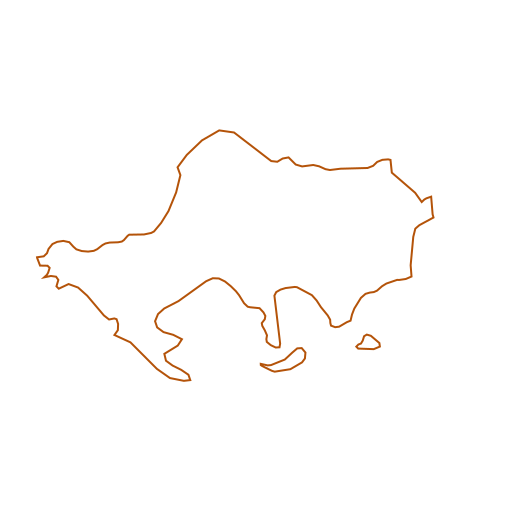 the border of Batangas, rotated 316°
{"feature_id": "PHL-2564", "entity_name": "Batangas", "entity_type": "Province", "adm_level": 1, "iso_a3": "PHL", "parent_name": "Philippines", "parent_adm1": "", "projection": "natural_earth1", "projection_center": [120.943, 13.875], "detail": "fine", "context": "isolated", "style": "outline", "palette": "amber", "viewbox_px": 512, "rotation_deg": 316, "n_neighbors": 0, "source": "natural_earth", "source_scale": "10m", "svg_char_len": 2398}
<svg xmlns="http://www.w3.org/2000/svg" viewBox="0 0 512 512"><g transform="rotate(316 256 256)"><path d="M419.5,280.3L411.6,290.4L414.4,321.1L412.7,332.3L416.3,332.3L418.7,332.9L423.2,335.0L412.0,348.7L410.4,351.6L394.9,347.3L389.6,347.0L382.4,351.5L360.8,370.1L353.6,378.8L347.8,376.6L342.5,372.8L340.9,371.2L330.7,366.4L325.7,365.3L319.0,365.0L315.7,363.8L312.5,361.4L308.5,359.3L302.4,359.0L290.2,362.1L284.4,364.8L279.1,368.2L275.4,366.7L266.7,364.6L263.5,362.2L261.6,358.2L262.9,355.9L265.1,353.3L266.3,348.6L267.2,337.8L268.7,330.1L269.0,323.0L263.8,306.9L262.4,305.2L255.0,299.6L250.3,297.2L245.5,296.0L241.7,297.3L212.5,335.8L209.5,338.0L206.6,335.5L204.7,330.4L204.1,325.3L205.7,323.0L208.8,320.7L210.7,315.6L212.0,310.6L213.5,308.3L218.4,307.6L221.1,305.6L222.2,301.8L222.3,296.0L216.1,288.7L214.8,286.7L214.6,281.7L216.6,272.4L217.1,267.4L216.9,260.2L216.0,252.8L213.7,246.4L209.5,242.0L202.6,239.5L168.9,234.6L153.5,230.0L145.2,229.7L138.1,232.8L135.3,238.7L136.6,246.5L141.7,255.2L144.9,264.4L137.5,266.1L122.1,262.7L118.5,268.8L119.9,276.9L123.1,285.9L124.9,294.5L122.5,299.6L117.4,295.7L109.3,284.0L106.3,268.3L105.7,230.9L99.3,214.5L105.1,213.4L109.6,209.1L111.8,204.6L110.7,202.5L106.2,199.6L105.3,193.1L107.0,167.3L106.1,155.1L101.7,146.0L91.4,142.5L91.4,139.2L97.2,135.9L97.8,132.0L94.6,127.9L88.8,124.2L92.4,124.3L94.9,123.6L99.3,121.2L99.3,118.2L94.0,112.9L97.3,105.2L97.6,104.8L103.1,108.8L107.6,108.8L111.7,106.8L117.9,106.0L122.8,107.7L127.9,111.3L131.3,116.4L131.1,122.4L131.4,126.4L134.1,131.4L138.3,136.2L142.9,139.6L146.5,140.8L153.2,141.5L156.4,142.4L160.1,144.7L166.3,150.3L169.5,152.4L172.0,152.8L177.7,152.3L179.6,152.6L190.4,162.7L196.6,166.6L199.7,167.5L210.7,166.3L224.2,162.9L242.7,154.8L257.8,145.3L261.2,137.7L276.4,135.2L297.5,135.3L316.8,140.1L326.0,151.9L332.9,198.3L336.8,203.0L342.9,204.4L347.9,207.7L348.1,217.8L351.4,223.6L360.4,230.3L363.7,235.3L366.3,241.8L368.9,245.5L377.4,251.9L397.4,270.2L402.9,272.5L408.5,272.5L413.7,274.6L418.2,278.3L419.5,280.3ZM215.0,350.7L221.5,351.1L224.9,354.0L224.5,359.8L220.0,363.7L215.2,364.5L202.1,361.3L189.1,352.2L187.7,349.7L184.1,339.7L183.7,337.8L184.5,336.9L188.4,342.8L191.0,344.9L204.8,350.5L215.0,350.7ZM282.2,407.2L276.0,404.8L265.2,393.6L265.2,390.9L268.2,390.8L270.7,391.9L274.0,391.0L278.0,388.8L281.1,389.5L283.2,393.2L284.3,404.3L282.2,407.2Z" fill="none" stroke="#b45309" stroke-width="2"/></g></svg>